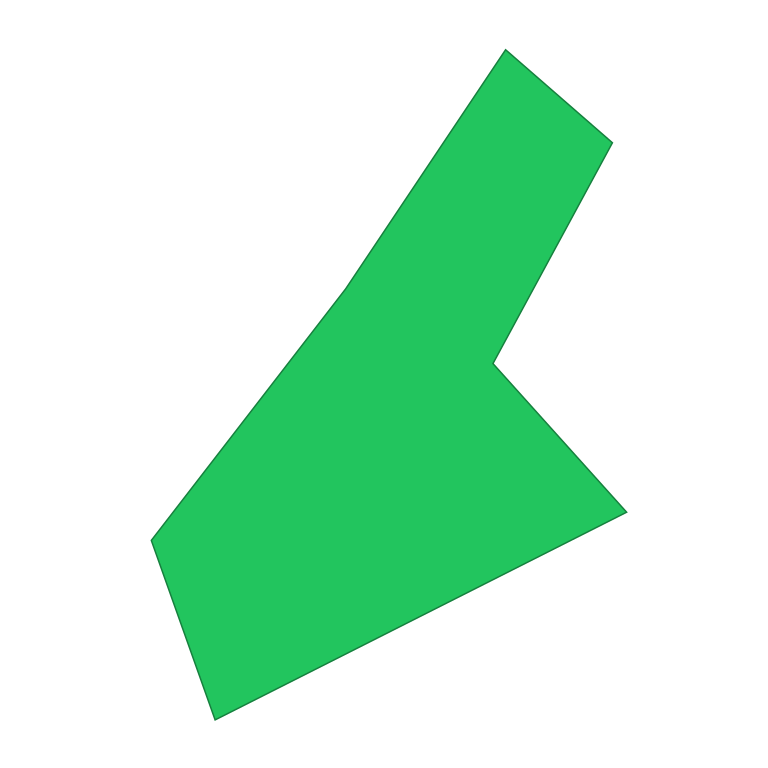 Buena Vista, Virginia, United States of America, rotated 178°
{"feature_id": "52423323B86095735996061", "entity_name": "Buena Vista", "entity_type": "district", "adm_level": 2, "iso_a3": "USA", "parent_name": "United States of America", "parent_adm1": "Virginia", "projection": "robinson", "projection_center": [-79.361, 37.729], "detail": "fine", "context": "isolated", "style": "filled", "palette": "green", "viewbox_px": 768, "rotation_deg": 178, "n_neighbors": 0, "source": "geoboundaries", "source_scale": "gbopen_adm2", "svg_char_len": 266}
<svg xmlns="http://www.w3.org/2000/svg" viewBox="0 0 768 768"><g transform="rotate(178 384 384)"><path d="M146.0,247.4L274.4,400.6L147.3,617.1L250.8,713.8L419.0,480.4L622.0,235.8L564.5,54.2L146.0,247.4Z" fill="#22c55e" stroke="#15803d" stroke-width="1.5"/></g></svg>